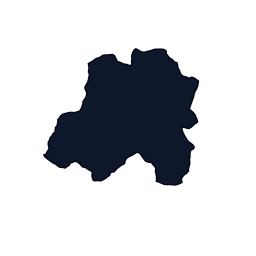 Itajobi, São Paulo, Brazil, rotated 325°
{"feature_id": "56859067B98443143208394", "entity_name": "Itajobi", "entity_type": "district", "adm_level": 2, "iso_a3": "BRA", "parent_name": "Brazil", "parent_adm1": "São Paulo", "projection": "natural_earth1", "projection_center": [-49.057, -21.367], "detail": "fine", "context": "isolated", "style": "filled", "palette": "ink", "viewbox_px": 256, "rotation_deg": 325, "n_neighbors": 0, "source": "geoboundaries", "source_scale": "gbopen_adm2", "svg_char_len": 2738}
<svg xmlns="http://www.w3.org/2000/svg" viewBox="0 0 256 256"><g transform="rotate(325 128 128)"><path d="M167.0,182.3L169.7,182.6L171.3,181.5L171.4,179.0L169.8,174.1L169.5,172.2L169.9,166.3L170.3,163.8L171.1,160.8L172.6,158.0L174.5,159.7L176.4,162.3L177.8,163.4L180.4,163.5L183.2,163.2L185.2,162.7L186.6,163.1L188.6,162.8L189.5,159.9L190.2,156.7L190.4,154.1L190.2,152.3L189.0,147.7L190.2,146.7L198.2,141.0L200.0,139.7L202.0,137.7L204.5,136.1L206.4,135.4L209.2,133.5L211.1,131.5L212.6,130.0L211.6,127.0L210.8,124.9L209.3,122.9L206.5,122.3L205.4,120.3L204.0,118.6L202.5,116.7L202.1,113.7L203.1,110.4L203.4,107.1L204.8,104.7L205.5,102.6L204.1,101.0L203.7,99.2L203.5,97.0L202.4,95.1L202.1,93.0L201.8,89.0L203.3,87.2L203.0,85.3L201.6,83.4L199.4,81.8L197.1,80.3L195.4,79.1L193.9,78.5L192.5,78.1L190.6,77.7L188.2,76.5L185.8,75.8L183.4,74.4L182.2,72.4L180.8,69.5L179.9,67.7L178.2,67.5L176.8,68.1L175.3,68.9L173.5,70.2L172.2,71.2L171.3,73.3L169.4,75.1L168.2,77.4L165.6,78.7L164.5,76.9L163.3,75.1L161.3,73.4L160.2,71.5L158.8,69.0L157.4,68.0L157.8,64.3L158.4,61.3L157.6,59.1L155.4,57.7L153.1,56.5L150.7,54.9L149.1,54.0L146.3,54.1L143.9,53.7L142.3,53.0L140.3,52.8L138.1,53.0L135.5,52.8L132.5,52.5L130.6,56.5L129.0,58.1L127.8,59.5L127.3,61.8L124.1,65.0L121.2,67.5L118.0,68.9L115.7,70.3L115.2,72.3L114.5,75.6L112.1,78.0L110.3,79.2L108.9,79.5L106.7,80.3L105.1,82.2L102.2,84.5L100.0,85.6L98.4,86.5L96.1,85.8L94.2,85.3L91.7,83.8L90.3,82.5L87.6,81.2L84.7,80.1L82.2,79.3L80.0,79.4L77.6,80.4L75.4,80.9L73.9,83.0L72.3,84.4L71.1,85.5L68.8,86.1L67.2,88.0L66.2,89.5L64.4,89.5L62.9,89.9L61.5,90.7L58.7,91.4L56.6,93.0L54.6,93.9L53.3,95.8L52.4,97.5L51.6,99.7L50.0,100.4L47.6,101.3L46.2,102.3L43.6,101.9L43.4,103.8L44.4,107.5L46.7,114.0L48.0,116.0L48.6,118.4L49.6,121.0L52.2,123.1L53.6,124.7L56.0,124.6L58.5,124.8L60.7,123.6L63.5,124.4L65.4,124.7L67.1,126.8L68.1,130.5L68.4,133.4L69.5,135.0L70.8,136.4L71.6,139.1L73.0,141.8L73.6,143.5L72.0,145.3L70.7,147.2L69.6,150.5L70.5,152.2L73.5,153.9L75.4,155.7L78.8,156.2L80.5,156.3L85.9,156.1L87.8,154.6L89.7,154.8L91.2,155.9L95.9,154.9L98.9,154.7L101.1,154.6L103.4,155.1L105.0,154.9L106.9,153.1L109.3,151.9L112.1,152.0L114.5,152.4L116.7,152.7L119.3,152.8L121.2,152.9L122.7,154.2L123.3,156.0L123.2,158.4L123.3,160.8L123.3,164.0L123.7,165.6L125.2,167.7L127.5,169.7L127.4,172.0L127.8,173.9L127.8,176.9L125.5,179.4L124.7,181.9L123.7,183.7L122.1,186.4L120.7,187.9L122.5,190.3L123.8,192.4L125.3,194.8L126.7,196.1L129.1,197.7L131.7,199.8L134.0,201.7L136.5,202.7L138.3,203.1L140.9,203.5L141.8,202.0L142.2,200.3L145.3,199.0L147.1,198.6L150.2,198.6L152.8,197.9L154.5,195.6L156.6,193.9L158.4,192.4L159.3,190.6L160.9,188.2L162.5,186.8L163.5,185.2L165.4,183.0L167.0,182.3Z" fill="#0f172a" stroke="#020617" stroke-width="1.5"/></g></svg>